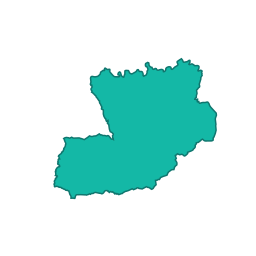 the district of Thaba-Mokhele, Mohale's Hoek, Lesotho, rotated 51°
{"feature_id": "5366337B93418008192528", "entity_name": "Thaba-Mokhele", "entity_type": "district", "adm_level": 2, "iso_a3": "LSO", "parent_name": "Lesotho", "parent_adm1": "Mohale's Hoek", "projection": "natural_earth1", "projection_center": [27.545, -30.078], "detail": "fine", "context": "isolated", "style": "filled", "palette": "teal", "viewbox_px": 256, "rotation_deg": 51, "n_neighbors": 0, "source": "geoboundaries", "source_scale": "gbopen_adm2", "svg_char_len": 5834}
<svg xmlns="http://www.w3.org/2000/svg" viewBox="0 0 256 256"><g transform="rotate(51 128 128)"><path d="M190.6,148.1L190.8,146.5L190.0,144.2L189.8,141.9L186.0,139.6L186.9,138.2L187.0,136.9L187.8,136.0L187.0,133.8L187.8,131.0L189.2,127.4L188.0,125.2L187.7,124.1L187.9,120.3L189.2,118.5L187.8,116.6L187.4,115.0L187.4,113.3L186.5,112.4L185.4,111.7L182.5,111.3L182.0,109.6L180.1,109.0L179.1,108.5L179.4,107.1L179.1,105.9L181.3,104.7L182.3,102.7L183.4,102.2L185.1,101.9L185.5,101.3L185.6,99.9L185.4,97.7L184.4,97.0L185.6,93.3L185.9,91.9L185.9,91.1L185.5,90.3L185.5,89.0L185.1,87.8L184.4,87.1L183.7,86.7L183.3,84.9L182.5,84.2L183.4,82.4L183.5,79.4L183.3,78.4L183.6,77.1L185.9,76.7L186.8,76.0L190.5,71.3L191.0,70.2L191.0,69.5L189.4,68.1L189.1,66.9L187.1,63.5L185.1,60.9L181.4,58.4L180.5,57.4L176.2,54.7L175.3,53.8L173.7,51.2L171.9,50.1L163.9,50.6L161.8,50.4L159.9,49.7L158.1,49.7L157.5,50.4L156.7,52.1L155.9,53.0L155.0,54.2L154.3,55.8L154.2,56.4L153.8,56.8L152.2,56.8L152.2,56.5L151.9,56.3L151.6,56.6L151.5,57.4L151.2,57.6L150.9,57.4L150.6,56.9L149.7,56.7L149.6,55.9L149.4,55.8L149.1,57.1L148.3,57.3L147.7,58.0L147.5,57.8L147.3,56.6L147.1,56.5L147.3,55.9L147.2,55.6L146.0,54.7L145.0,53.3L144.9,53.0L144.4,52.5L142.1,51.2L141.7,50.8L141.5,49.2L141.1,47.9L141.2,47.0L141.0,46.4L140.3,45.8L138.8,45.1L136.0,40.9L135.2,40.1L134.7,39.9L133.7,37.2L132.7,36.9L132.4,36.3L132.0,36.1L130.6,35.6L130.6,34.9L130.4,34.6L129.2,34.9L128.7,35.4L128.1,37.3L127.7,37.6L127.2,37.4L126.4,35.6L125.6,34.7L125.0,34.2L124.2,34.1L123.3,34.6L122.0,36.4L121.3,37.1L120.3,37.1L118.5,37.9L118.1,38.5L117.6,40.2L116.9,40.6L116.3,39.7L116.1,38.8L115.1,37.8L114.5,37.4L114.2,37.5L113.9,37.9L113.7,40.2L112.2,43.0L111.8,43.4L111.2,43.4L109.5,42.9L107.8,42.9L107.5,45.1L107.3,47.9L108.0,48.6L109.8,49.0L110.1,49.3L110.4,49.6L110.5,50.7L110.1,53.2L110.3,56.1L110.1,56.9L109.6,57.2L109.0,57.1L107.9,56.5L107.3,56.6L106.2,57.5L105.7,58.6L105.4,59.8L105.5,61.0L106.3,61.8L107.0,62.9L107.0,64.3L106.5,65.0L105.4,64.3L104.6,64.3L103.7,64.9L102.9,66.2L102.1,68.2L101.4,68.8L100.3,68.9L99.8,68.7L99.2,69.0L98.8,69.6L98.8,70.5L98.6,71.1L97.9,71.3L97.6,71.7L95.9,71.2L95.3,71.8L94.3,72.2L92.6,72.2L90.7,71.0L90.3,70.9L89.3,71.6L89.3,72.3L89.0,73.7L89.5,74.4L90.7,75.3L91.7,75.3L91.9,75.0L92.6,74.8L94.8,75.4L95.5,76.3L95.8,77.4L96.9,78.2L98.1,80.2L98.2,80.7L97.8,82.1L97.7,83.1L96.9,83.3L95.4,82.2L93.6,81.6L93.1,81.7L92.4,82.1L91.4,83.4L90.8,83.6L89.3,83.3L88.9,83.5L88.6,84.5L89.2,85.9L89.2,86.8L88.6,90.2L88.3,91.1L87.3,91.8L86.1,92.1L83.8,91.5L83.4,91.7L82.0,93.3L81.7,93.9L81.7,94.5L84.2,96.6L84.5,97.4L85.8,99.3L85.7,99.5L84.5,100.1L83.1,100.1L80.0,98.9L79.1,99.3L79.0,100.5L79.5,101.5L80.0,102.1L80.4,102.3L81.8,101.4L82.3,101.6L82.6,102.3L82.1,103.4L79.9,105.9L79.4,106.3L78.1,106.6L73.6,106.8L72.4,106.6L71.6,105.6L71.0,105.3L70.4,105.7L70.1,106.6L69.7,107.0L69.0,107.5L67.3,107.9L67.0,108.3L67.0,108.7L68.4,110.0L68.3,110.5L67.6,110.8L67.4,113.6L67.4,114.1L68.7,115.9L68.8,117.1L68.8,119.1L67.5,121.5L65.3,123.4L65.0,124.1L65.0,124.5L65.1,124.9L65.7,125.8L69.0,127.9L70.3,129.7L71.3,129.9L71.3,129.5L71.9,129.2L72.1,129.5L72.4,129.5L72.7,129.8L73.3,129.9L73.7,130.3L74.3,132.1L75.0,132.6L75.5,132.7L76.1,132.6L77.0,133.0L77.3,133.7L78.5,133.2L79.3,133.3L79.8,133.1L81.8,133.0L82.5,132.7L84.0,133.2L85.6,133.1L88.2,133.4L89.2,133.1L89.6,133.7L90.8,134.3L92.3,134.4L93.8,134.9L94.8,134.9L95.5,135.6L95.9,135.6L96.4,136.6L97.1,136.5L98.3,135.8L99.1,136.3L101.6,138.4L103.9,139.4L106.3,139.8L106.7,139.5L108.6,140.4L109.4,140.5L109.5,138.8L110.4,139.3L110.5,139.8L111.3,140.5L111.4,141.0L111.8,141.1L112.8,140.7L113.2,140.8L117.2,143.2L119.3,144.0L119.7,144.1L121.5,143.3L123.5,143.2L124.2,144.2L124.3,145.0L125.4,145.5L125.8,146.0L126.7,146.0L127.5,146.5L126.9,146.6L126.7,147.4L125.9,148.0L122.8,147.9L121.9,148.0L121.2,148.4L120.7,149.8L119.8,150.3L118.7,151.3L118.1,152.3L117.2,152.6L116.5,153.1L116.1,153.7L114.5,154.0L114.1,157.4L113.7,158.3L112.8,159.5L112.3,160.8L111.4,162.0L109.9,162.9L109.9,165.4L109.5,169.3L106.8,170.9L106.5,171.4L105.6,171.7L104.9,172.3L101.5,176.8L99.7,177.6L99.2,179.8L98.1,180.4L96.5,181.9L95.9,183.2L95.7,184.6L96.9,184.7L97.8,185.2L100.7,186.0L101.4,186.5L101.8,187.4L102.6,188.0L103.1,189.2L103.5,190.8L104.3,191.2L104.6,192.4L105.1,192.8L105.3,194.2L105.0,194.8L105.7,195.4L105.8,196.0L105.7,198.1L106.0,198.7L105.8,199.1L106.2,199.9L107.1,199.9L109.0,200.6L108.4,201.3L108.7,202.2L109.8,203.1L110.2,204.0L111.1,204.0L111.5,205.1L112.0,205.3L113.8,204.7L114.9,205.3L114.9,205.7L114.5,206.1L114.5,206.7L114.2,207.7L114.9,210.1L115.4,210.7L116.1,211.0L116.0,211.7L118.4,213.1L118.9,213.6L119.2,214.3L120.6,213.2L120.9,213.2L121.2,214.6L121.6,214.6L121.7,215.4L121.6,215.9L121.7,216.4L122.3,216.6L122.5,217.1L122.5,218.0L123.3,219.0L123.8,219.1L124.8,219.7L124.8,220.3L125.2,220.9L126.0,221.0L126.8,221.8L127.6,221.9L128.3,220.2L129.9,219.0L130.7,218.9L131.2,218.2L132.2,217.4L133.0,217.4L133.2,217.1L135.2,216.3L135.8,215.7L137.0,215.6L137.6,215.2L138.3,214.3L139.5,213.9L139.8,213.6L142.8,214.9L145.3,215.3L146.7,216.5L148.1,214.6L148.8,214.2L149.2,213.6L147.9,211.7L147.5,210.8L147.5,210.0L150.1,206.6L152.8,203.6L153.0,203.2L153.9,202.6L154.8,200.4L155.0,199.3L155.9,198.9L155.9,197.7L156.9,196.3L157.1,194.8L157.6,193.8L160.3,191.6L161.7,190.3L162.6,189.8L163.0,189.0L163.0,187.8L162.4,185.7L162.6,184.8L163.5,183.6L164.8,183.4L164.8,183.0L166.3,183.1L166.4,181.6L167.8,180.8L167.8,180.3L168.0,180.0L169.3,180.0L169.7,179.6L170.8,179.7L170.7,179.1L171.9,178.7L171.7,178.2L172.2,177.7L172.9,177.6L173.0,177.2L173.8,177.2L174.3,176.3L174.7,174.6L175.2,174.0L175.3,173.3L175.2,172.4L175.6,170.0L176.2,168.8L176.8,167.3L177.9,163.0L179.4,162.5L180.2,159.8L180.3,158.5L180.9,157.8L181.9,157.5L184.3,155.3L185.2,150.6L186.5,150.1L187.3,149.3L187.9,148.9L189.3,148.7L190.6,148.1Z" fill="#14b8a6" stroke="#0f766e" stroke-width="1.5"/></g></svg>